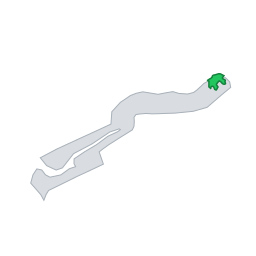 Wuli East, Upper River, Gambia shown in context, rotated 334°
{"feature_id": "56634734B89687119950058", "entity_name": "Wuli East", "entity_type": "district", "adm_level": 2, "iso_a3": "GMB", "parent_name": "Gambia", "parent_adm1": "Upper River", "projection": "albers", "projection_center": [-13.986, 13.484], "detail": "fine", "context": "in_parent", "style": "filled", "palette": "green", "viewbox_px": 256, "rotation_deg": 334, "n_neighbors": 0, "source": "geoboundaries", "source_scale": "gbopen_adm2", "svg_char_len": 2768}
<svg xmlns="http://www.w3.org/2000/svg" viewBox="0 0 256 256"><g transform="rotate(334 128 128)"><path d="M36.1,116.3L55.0,115.7L77.8,116.2L102.7,116.8L114.4,117.0L120.6,106.3L132.4,101.6L144.4,99.9L150.6,100.4L157.2,102.0L169.8,110.9L177.6,113.0L184.3,115.0L189.0,119.3L196.5,123.6L202.5,124.8L206.0,124.2L211.9,122.5L215.8,121.2L228.4,120.6L237.7,125.6L239.6,131.0L238.1,136.5L225.6,139.5L208.3,144.1L194.0,141.6L176.7,135.2L166.5,130.6L162.3,128.8L156.0,125.9L150.5,122.8L145.1,120.7L141.1,119.4L138.1,121.0L136.5,124.9L134.1,129.1L131.0,131.6L116.4,133.1L103.3,134.6L96.3,135.8L91.6,136.8L90.0,149.7L75.2,149.5L60.7,149.2L45.6,149.3L29.3,149.3L25.2,151.9L20.7,156.1L20.4,149.7L16.4,134.9L22.0,128.5L28.1,124.8L32.1,127.9L33.3,133.9L36.3,138.0L47.0,140.7L57.5,138.9L64.0,139.8L63.8,136.5L66.0,132.1L78.9,130.3L92.4,129.2L106.3,126.6L117.2,126.8L120.5,126.1L119.7,124.9L109.9,123.6L89.0,126.5L67.8,127.2L51.6,135.1L45.0,134.3L38.4,126.2L36.1,116.3Z" fill="#d9dde1" stroke="#a8b0b8" stroke-width="1"/><path d="M219.7,128.7L219.9,128.3L219.9,128.2L220.0,128.0L220.2,127.8L220.5,127.6L220.9,127.5L221.0,127.4L221.3,127.3L221.5,127.3L221.8,127.4L222.0,127.4L222.1,127.5L222.4,127.6L222.5,127.7L222.6,127.8L222.7,128.1L222.8,128.4L222.9,128.6L223.0,129.1L223.0,129.3L223.0,129.6L222.9,130.0L222.9,130.4L222.9,130.5L222.9,130.8L222.9,131.1L222.9,131.3L223.0,131.4L223.0,131.5L223.4,132.0L223.6,132.1L223.7,132.4L223.8,132.5L224.1,132.4L224.3,132.4L224.5,132.3L226.7,130.7L226.8,130.6L226.9,130.3L226.9,130.0L226.8,129.8L226.8,129.7L226.7,129.4L226.6,128.8L226.4,128.0L226.5,127.7L227.2,127.1L227.5,127.1L228.3,126.5L229.6,126.0L230.3,125.7L230.5,125.7L230.6,125.8L230.8,125.9L231.0,126.2L231.1,126.3L231.2,126.5L231.5,127.0L231.8,127.6L231.9,127.8L232.0,128.4L232.1,128.9L232.3,129.1L232.4,129.5L232.5,129.7L232.7,130.1L233.2,130.5L233.4,130.7L233.5,130.7L234.0,131.0L234.4,131.0L234.6,130.9L234.8,131.0L235.1,130.9L235.2,130.7L235.4,129.6L235.4,128.8L235.4,128.7L235.5,128.6L235.7,128.4L236.1,128.3L236.2,128.1L236.3,127.9L236.4,127.6L236.2,127.3L235.8,126.7L235.7,126.5L235.4,126.2L235.1,125.9L235.0,125.7L234.9,125.6L234.8,125.1L234.9,124.9L234.7,124.6L234.8,124.4L235.2,123.9L235.8,123.6L236.3,123.5L237.2,123.0L236.5,122.2L235.9,121.3L235.6,121.1L235.2,120.3L234.8,119.9L234.7,119.8L234.5,119.7L234.2,119.5L233.5,119.1L232.8,118.9L232.2,118.8L230.9,118.6L230.3,118.5L229.8,118.4L229.7,118.4L228.5,118.1L228.4,118.1L227.8,117.9L227.0,118.1L226.4,118.4L225.9,119.2L225.1,119.4L224.3,119.7L223.1,119.7L222.8,119.7L222.4,119.8L222.0,119.8L221.6,119.9L220.5,120.0L220.7,121.0L221.2,121.5L221.0,121.9L220.2,123.5L219.5,125.0L219.3,125.3L219.2,125.5L218.7,126.5L218.9,126.8L219.1,127.2L219.6,128.7L219.7,128.7Z" fill="#22c55e" stroke="#15803d" stroke-width="1.5"/></g></svg>